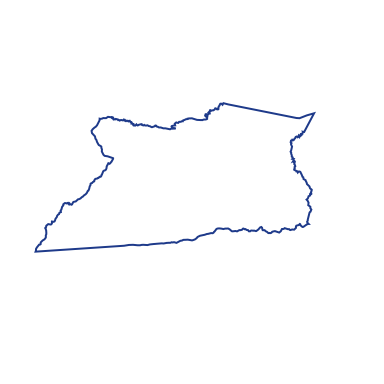 outline of Mutatá, Antioquia, Colombia, rotated 119°
{"feature_id": "7082276B10402397965480", "entity_name": "Mutatá", "entity_type": "district", "adm_level": 2, "iso_a3": "COL", "parent_name": "Colombia", "parent_adm1": "Antioquia", "projection": "mercator", "projection_center": [-76.456, 7.344], "detail": "fine", "context": "isolated", "style": "outline", "palette": "blue", "viewbox_px": 384, "rotation_deg": 119, "n_neighbors": 0, "source": "geoboundaries", "source_scale": "gbopen_adm2", "svg_char_len": 6064}
<svg xmlns="http://www.w3.org/2000/svg" viewBox="0 0 384 384"><g transform="rotate(119 192 192)"><path d="M85.1,123.0L64.0,123.4L69.3,128.7L75.3,133.7L76.6,136.4L97.8,202.7L99.1,207.6L100.9,207.6L100.6,208.7L100.6,209.4L101.1,210.0L102.0,210.1L102.9,209.8L104.2,210.1L105.2,209.8L106.0,209.8L106.5,209.1L107.0,209.2L107.3,209.6L107.6,210.4L107.3,211.7L107.5,212.2L109.1,212.3L110.4,213.1L110.7,213.8L111.9,214.8L111.5,215.5L111.6,215.8L113.0,215.7L114.8,216.2L115.0,216.0L114.5,215.6L114.4,214.9L114.4,214.7L114.8,214.5L115.6,215.5L117.0,215.6L117.0,217.3L117.4,217.8L118.9,217.5L119.3,216.3L118.7,215.5L118.8,215.0L119.7,214.9L120.7,214.2L121.0,214.3L121.9,215.1L123.0,216.9L124.1,217.8L124.8,219.1L126.5,222.6L127.6,227.8L129.3,230.6L130.0,231.4L130.3,231.2L131.5,232.8L132.7,233.5L133.5,234.4L134.6,234.3L135.0,235.2L136.0,235.8L136.9,237.3L138.2,237.5L138.7,238.7L138.8,239.5L140.6,240.2L141.9,239.0L142.8,240.3L144.1,241.6L144.5,241.7L145.2,240.9L145.3,240.3L145.1,239.2L144.5,238.1L144.5,237.8L144.8,237.7L146.8,241.0L147.8,241.6L149.2,246.1L150.2,247.9L150.7,250.6L151.6,252.3L151.5,253.3L151.8,254.1L151.8,255.2L151.4,255.4L151.4,255.9L151.8,256.4L152.7,256.6L154.7,258.4L154.9,259.0L154.8,260.3L155.3,262.0L155.2,263.2L156.2,264.4L156.6,265.6L156.5,266.3L157.2,266.6L157.6,267.8L157.6,268.4L157.1,268.8L157.2,269.2L159.0,271.1L160.1,271.7L160.2,272.4L159.8,273.4L161.4,273.8L162.1,275.2L162.1,275.5L161.2,275.7L160.9,276.1L161.3,276.7L160.9,277.5L161.5,278.1L160.3,279.0L160.7,279.7L159.9,281.0L160.4,281.7L161.1,281.9L161.1,283.5L162.1,284.1L162.2,285.4L161.6,285.7L162.1,286.4L161.8,286.8L162.9,287.2L163.4,289.0L164.6,289.9L164.4,290.6L164.9,291.4L164.5,291.9L164.8,292.6L164.7,292.9L165.1,294.2L165.9,294.5L166.0,295.3L166.6,295.8L166.3,296.4L165.8,296.2L165.1,297.2L165.2,297.6L165.8,298.0L165.3,298.4L165.4,298.7L166.0,299.3L167.0,301.9L169.1,303.0L170.4,305.5L171.4,306.2L172.6,307.7L172.7,308.3L174.1,307.6L179.7,307.4L181.6,307.8L182.9,308.5L185.2,309.3L187.2,309.5L189.0,308.0L190.4,303.8L192.2,302.3L192.7,301.0L194.2,299.4L195.8,296.9L196.1,296.3L196.1,293.9L196.3,293.3L197.4,292.6L198.4,291.4L200.3,290.5L202.3,287.6L202.6,286.7L202.7,285.8L201.7,283.1L200.9,278.7L200.7,277.4L201.2,277.1L204.7,277.1L205.4,277.4L206.5,277.4L207.4,277.9L207.4,279.1L211.0,279.0L212.7,278.3L214.1,278.1L215.3,278.6L215.8,279.2L216.9,279.7L220.7,279.2L221.2,279.4L222.0,279.1L223.0,279.3L223.5,280.2L225.0,280.6L225.3,281.1L226.0,281.3L227.4,282.9L229.3,283.1L230.1,282.7L231.3,283.5L232.7,283.8L233.2,284.4L234.0,284.7L235.4,284.1L236.6,284.2L239.0,283.5L240.4,283.3L241.1,283.3L241.3,283.6L242.0,283.7L243.5,283.5L245.5,283.9L247.5,284.9L248.9,285.2L250.0,285.9L251.7,286.4L253.1,287.4L253.6,288.1L256.6,289.1L258.0,290.7L258.5,291.0L261.0,290.9L261.4,291.1L261.3,291.5L261.9,292.5L261.4,293.5L262.4,293.6L262.1,294.4L261.6,294.6L261.5,295.1L262.0,295.6L262.7,295.9L263.0,297.2L263.4,297.9L265.2,298.6L266.1,298.1L268.0,298.4L270.8,297.7L271.9,297.9L273.1,296.9L274.4,297.9L275.8,297.6L276.8,298.2L278.4,298.4L279.4,298.1L281.7,298.4L283.3,298.0L284.4,298.0L285.2,298.6L285.7,300.2L286.1,300.1L286.9,299.5L287.4,299.3L288.5,299.4L289.0,299.9L289.8,302.2L292.1,303.1L293.5,302.6L294.2,302.9L294.7,302.9L295.2,301.9L295.8,301.6L296.2,301.0L298.2,299.7L299.5,299.0L300.9,298.8L302.4,297.9L303.0,297.8L305.0,298.1L306.7,299.1L309.1,299.8L309.6,299.8L311.0,299.1L311.5,299.3L312.2,300.2L315.8,300.8L317.5,300.8L318.8,300.1L320.0,299.9L271.9,225.3L268.9,221.5L266.8,218.0L264.8,213.4L263.7,211.5L262.9,210.7L261.9,209.2L260.0,205.2L258.2,203.3L256.5,200.9L251.6,193.6L250.8,191.9L248.6,189.2L246.9,186.3L245.8,185.4L245.5,184.4L244.6,183.4L244.0,180.9L240.3,178.5L239.3,177.2L238.1,176.4L235.7,172.5L234.3,168.5L233.4,167.6L232.0,166.4L230.2,165.6L228.6,165.3L226.4,163.8L223.2,160.1L221.5,158.6L220.8,157.6L218.7,155.4L218.0,153.9L217.0,153.4L216.1,153.4L215.6,153.1L212.6,152.7L211.7,152.1L210.7,150.7L209.8,148.6L209.2,146.6L207.9,145.2L206.4,142.6L206.4,141.1L207.0,138.2L206.7,137.4L205.0,135.0L204.6,133.5L202.4,132.1L201.7,130.9L200.9,130.1L200.6,129.9L199.4,129.7L199.0,129.2L199.0,127.7L198.5,127.2L198.7,125.9L198.2,124.4L198.8,123.3L198.3,122.2L197.3,121.8L196.8,121.2L196.1,119.5L195.7,119.1L195.2,117.1L194.9,116.8L192.6,115.8L189.9,115.2L189.0,114.4L189.3,113.4L191.0,111.9L191.1,111.6L190.2,110.0L190.6,108.5L190.5,107.1L190.9,105.4L190.7,104.8L190.2,104.3L190.1,103.7L189.2,102.8L188.0,102.6L187.2,101.9L186.0,100.5L185.2,96.1L183.2,95.3L180.8,95.4L179.8,93.9L178.7,93.4L178.0,90.0L177.4,89.1L177.7,87.8L177.6,87.5L176.2,86.2L175.4,84.4L173.0,83.7L171.7,84.4L170.9,84.4L169.1,82.6L167.7,82.2L167.7,81.8L168.5,80.9L168.9,79.3L169.0,78.4L168.5,77.7L164.8,75.9L163.7,75.0L163.4,74.5L162.9,76.2L162.2,76.9L160.9,76.9L160.2,77.3L153.1,79.2L152.5,79.2L151.8,78.8L149.5,79.1L148.9,80.5L147.5,81.4L147.2,83.9L144.8,84.9L143.5,86.8L143.1,88.1L142.0,87.7L140.9,87.6L139.2,88.0L138.0,87.1L137.5,87.1L136.6,87.8L136.4,87.7L136.4,87.0L135.9,86.7L135.3,87.0L134.8,87.8L132.8,88.0L132.5,88.4L131.9,88.5L131.6,90.4L131.0,91.2L130.2,91.9L129.3,95.3L128.1,96.4L127.4,97.6L126.6,98.4L126.6,100.7L125.2,101.8L125.1,102.9L124.3,103.6L121.9,107.0L121.9,107.5L122.1,108.2L122.8,108.7L123.6,108.9L122.8,109.8L123.4,110.6L123.0,111.1L123.0,113.4L122.5,113.7L121.5,113.6L120.5,114.4L119.5,114.1L118.6,114.9L118.0,116.1L116.7,116.4L116.7,117.4L116.5,117.8L115.4,117.1L115.2,117.5L115.2,118.2L115.7,118.5L115.1,118.5L114.4,119.0L113.8,119.0L114.3,120.2L113.8,120.1L113.4,120.6L112.9,120.7L112.7,121.9L111.4,122.6L110.5,123.8L109.5,124.3L109.0,125.3L107.7,125.4L103.8,126.5L102.4,128.4L101.7,128.8L101.0,128.7L100.7,129.8L99.1,130.3L98.6,129.7L97.6,129.7L97.5,129.3L98.0,129.0L98.0,128.8L97.3,128.6L96.8,128.1L95.5,128.2L94.9,127.8L93.6,128.0L92.9,127.5L92.6,127.2L92.8,126.4L92.2,126.4L92.0,126.1L92.1,124.8L91.3,125.1L91.0,125.7L90.5,125.9L90.5,125.6L91.1,125.0L91.1,124.6L90.3,124.2L89.3,124.6L89.2,124.0L89.0,123.8L88.6,123.9L88.6,124.5L88.3,124.7L87.6,123.7L87.1,124.0L86.3,123.9L85.8,123.6L85.5,124.1L85.1,123.0Z" fill="none" stroke="#1e3a8a" stroke-width="2"/></g></svg>